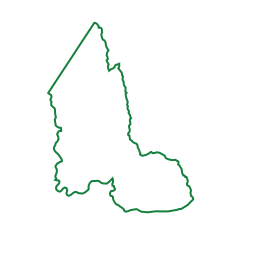 the district of Acorizal, Mato Grosso, Brazil, rotated 292°
{"feature_id": "56859067B96273664135560", "entity_name": "Acorizal", "entity_type": "district", "adm_level": 2, "iso_a3": "BRA", "parent_name": "Brazil", "parent_adm1": "Mato Grosso", "projection": "orthographic", "projection_center": [-56.306, -15.194], "detail": "fine", "context": "isolated", "style": "outline", "palette": "green", "viewbox_px": 256, "rotation_deg": 292, "n_neighbors": 0, "source": "geoboundaries", "source_scale": "gbopen_adm2", "svg_char_len": 4070}
<svg xmlns="http://www.w3.org/2000/svg" viewBox="0 0 256 256"><g transform="rotate(292 128 128)"><path d="M213.0,57.4L130.6,40.9L130.1,42.3L129.8,44.2L128.5,45.4L126.6,45.5L125.5,45.3L124.4,46.0L123.7,47.3L121.8,47.6L120.5,48.2L119.6,50.1L119.2,51.4L118.6,52.7L117.6,53.5L115.4,54.4L113.8,55.2L112.2,56.2L111.0,57.1L109.6,57.1L108.3,57.0L107.3,57.6L105.9,58.4L104.6,59.3L103.2,60.1L102.8,61.4L102.5,62.6L102.5,64.2L103.0,65.7L101.5,66.7L100.2,67.1L99.9,65.9L98.9,65.0L97.4,64.7L95.7,64.6L94.9,65.4L93.6,66.7L91.8,67.7L90.0,67.7L88.9,67.5L87.2,66.7L85.7,66.8L84.5,67.1L83.0,66.6L81.0,67.1L79.6,68.2L78.8,69.9L78.2,71.0L77.8,72.3L77.2,73.7L76.3,74.9L75.6,76.2L74.8,77.2L73.8,78.5L72.5,79.2L71.1,77.7L69.7,76.6L68.4,75.7L66.9,75.3L65.3,75.1L64.1,76.0L63.2,77.3L61.8,78.0L60.2,78.5L58.4,78.6L56.4,78.6L55.2,79.2L54.3,80.5L52.6,80.0L52.9,81.9L53.4,83.4L52.8,84.5L51.3,84.8L50.0,84.6L48.9,84.1L47.5,83.6L46.3,83.4L44.2,84.5L43.4,86.3L43.3,88.1L43.9,89.1L45.5,89.9L47.5,90.4L49.1,91.7L49.3,93.2L48.2,94.5L46.5,95.2L44.4,95.3L43.2,96.5L42.9,98.1L43.7,99.4L44.7,100.1L46.4,101.0L47.8,101.8L48.8,102.8L49.4,104.6L48.9,106.5L49.6,108.0L49.8,109.6L50.6,110.8L51.8,111.9L53.4,113.0L56.4,114.5L58.4,113.6L60.2,113.0L62.1,113.2L63.2,113.4L65.1,114.2L66.0,116.0L66.8,117.9L67.6,119.4L67.9,121.1L67.4,122.6L67.1,124.7L67.4,126.0L67.9,127.6L68.8,129.4L70.4,130.3L72.4,131.3L73.8,131.8L75.5,132.5L74.4,133.3L73.1,134.0L71.9,134.4L70.4,134.3L68.7,135.2L68.9,136.6L67.7,137.4L66.9,138.7L65.6,138.8L64.2,137.9L63.3,136.1L61.8,135.6L60.0,136.0L58.6,137.4L58.9,139.0L58.3,140.0L57.1,140.4L55.6,141.7L54.5,142.9L53.6,144.2L52.8,146.1L52.9,148.0L52.2,150.0L52.0,151.4L51.6,152.9L51.2,154.4L50.1,155.2L49.5,157.0L50.5,158.7L51.5,159.8L52.8,161.1L53.8,162.7L54.9,164.5L55.8,166.0L56.0,167.1L55.8,168.3L55.6,169.6L55.4,171.4L55.7,172.9L56.4,174.8L57.0,177.2L57.7,178.8L58.7,180.4L59.4,181.7L60.1,183.0L60.9,184.3L61.6,186.2L62.3,187.9L62.7,189.0L63.2,190.3L63.7,191.6L64.2,192.7L64.6,193.8L65.2,195.2L65.9,196.8L67.1,198.7L68.6,201.1L69.5,202.4L70.5,204.2L72.0,205.7L72.9,207.6L74.4,208.8L75.9,209.9L77.1,210.8L79.1,212.2L82.9,213.7L85.4,214.9L86.7,215.1L87.8,214.1L88.5,213.0L88.7,211.8L90.1,211.0L91.6,210.1L93.5,209.9L94.6,209.1L95.6,208.1L96.7,207.1L96.8,205.9L97.2,204.2L98.7,203.5L100.1,203.6L101.7,203.0L103.1,201.8L104.4,200.7L104.0,199.4L105.1,198.4L104.7,197.1L105.6,196.2L106.8,194.8L108.6,194.0L110.0,193.0L111.2,191.4L112.6,189.7L113.0,188.1L114.1,187.9L115.2,187.7L115.9,186.7L115.9,185.4L116.3,184.1L115.5,182.4L114.9,181.4L114.6,180.3L114.3,178.6L114.1,176.6L114.2,175.3L114.4,174.1L115.8,172.9L116.4,170.8L116.5,168.7L116.9,166.8L116.3,163.9L114.8,162.0L113.9,160.3L114.5,158.5L113.4,157.5L112.3,157.0L111.0,155.9L109.6,154.6L108.5,152.9L107.7,152.0L107.7,150.8L107.9,149.1L109.2,149.0L110.2,147.8L111.5,146.7L112.7,145.5L113.7,144.3L115.1,143.5L116.2,142.6L116.6,141.2L116.6,139.8L116.6,138.5L117.2,137.0L117.9,135.5L118.0,134.2L119.4,133.4L120.5,132.7L121.5,132.1L121.7,130.7L123.1,130.2L124.5,130.8L126.4,130.5L127.7,130.0L128.7,129.0L130.4,128.1L132.4,128.8L134.1,128.0L135.2,127.1L136.6,126.6L138.2,127.2L138.9,126.2L140.3,125.5L141.2,124.3L142.2,122.9L143.3,123.0L144.5,122.0L145.1,120.8L146.5,120.0L148.2,119.8L149.3,118.4L150.5,118.2L151.8,118.1L152.9,117.3L153.8,116.3L155.7,114.9L157.3,113.8L158.8,113.1L160.1,113.5L160.6,112.0L161.7,111.6L163.1,111.1L164.5,110.7L165.7,108.8L166.9,107.7L167.9,107.2L169.2,106.8L169.9,105.7L171.2,104.7L172.5,104.2L174.0,104.0L174.8,102.7L176.4,101.9L177.7,100.3L178.3,99.1L179.1,97.9L179.5,96.8L180.9,96.8L182.1,96.7L184.3,95.8L182.9,94.3L182.2,93.4L180.9,92.6L179.2,92.7L177.9,92.0L176.2,90.4L175.1,89.5L174.0,89.0L175.3,87.8L176.2,87.1L177.8,86.2L179.6,86.3L180.6,85.3L181.8,83.5L182.9,82.8L184.4,83.5L185.7,82.6L187.8,80.8L190.2,80.4L192.7,80.8L193.9,79.2L194.8,77.9L196.1,76.7L197.7,75.9L199.2,74.9L200.4,73.3L200.5,71.7L201.6,70.4L203.0,69.3L204.6,68.2L206.9,68.2L208.4,67.3L209.5,66.9L210.6,65.8L210.5,64.4L210.1,63.1L211.3,62.9L212.0,61.6L212.9,60.2L213.1,59.0L213.0,57.4Z" fill="none" stroke="#15803d" stroke-width="2"/></g></svg>